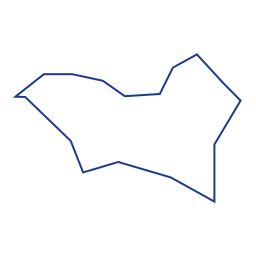 Livadia Lefosias, Nicosia, Cyprus
{"feature_id": "46923920B98591883747598", "entity_name": "Livadia Lefosias", "entity_type": "district", "adm_level": 2, "iso_a3": "CYP", "parent_name": "Cyprus", "parent_adm1": "Nicosia", "projection": "mercator", "projection_center": [33.012, 34.95], "detail": "fine", "context": "isolated", "style": "outline", "palette": "blue", "viewbox_px": 256, "rotation_deg": 0, "n_neighbors": 0, "source": "geoboundaries", "source_scale": "gbopen_adm2", "svg_char_len": 337}
<svg xmlns="http://www.w3.org/2000/svg" viewBox="0 0 256 256"><path d="M214.4,201.6L214.4,144.5L240.6,100.6L223.2,83.0L196.9,54.4L172.9,67.6L159.8,94.0L124.8,96.2L102.9,80.8L72.3,74.2L43.9,74.2L32.2,83.4L15.4,96.7L25.2,97.0L70.7,140.9L83.1,172.4L118.2,162.0L170.7,177.4L214.4,201.6Z" fill="none" stroke="#1e3a8a" stroke-width="2"/></svg>